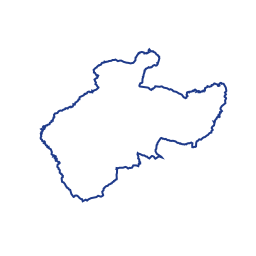 Paltas, Loja, Ecuador (Robinson projection), rotated 121°
{"feature_id": "8360857B19688519580687", "entity_name": "Paltas", "entity_type": "district", "adm_level": 2, "iso_a3": "ECU", "parent_name": "Ecuador", "parent_adm1": "Loja", "projection": "robinson", "projection_center": [-79.812, -4.002], "detail": "fine", "context": "isolated", "style": "outline", "palette": "blue", "viewbox_px": 256, "rotation_deg": 121, "n_neighbors": 0, "source": "geoboundaries", "source_scale": "gbopen_adm2", "svg_char_len": 5776}
<svg xmlns="http://www.w3.org/2000/svg" viewBox="0 0 256 256"><g transform="rotate(121 128 128)"><path d="M86.0,54.4L84.9,56.3L83.4,56.4L81.5,55.6L79.3,56.4L78.5,57.7L78.3,56.9L77.9,56.7L77.0,57.3L75.2,57.2L74.3,56.8L73.5,57.2L72.2,57.0L71.8,56.4L71.8,55.5L71.2,55.2L70.6,55.8L71.1,56.7L70.0,57.2L69.1,56.4L67.2,57.3L66.9,56.4L66.1,56.6L65.1,56.2L64.4,58.2L63.4,58.9L61.0,58.9L56.6,57.3L54.3,59.0L52.2,59.1L51.6,59.8L51.6,61.1L51.1,61.6L50.1,61.7L48.8,61.3L47.6,63.2L46.1,62.7L45.3,63.0L43.0,65.0L40.9,68.8L41.4,70.1L41.8,70.4L41.4,71.3L41.5,71.7L42.5,72.3L43.6,72.3L44.5,71.4L45.3,71.9L45.5,72.6L44.4,73.3L44.9,74.3L45.2,76.7L45.6,77.1L46.8,77.1L48.1,78.4L49.1,78.0L50.9,79.6L51.2,81.4L52.1,81.2L54.2,82.5L56.2,81.4L57.1,82.8L57.4,82.8L57.7,82.3L58.1,83.1L58.7,83.3L58.8,83.9L60.3,84.6L60.9,85.7L59.8,86.0L59.8,86.4L61.8,88.1L60.7,88.5L60.5,90.3L61.3,90.8L62.5,90.6L62.7,91.7L63.6,91.9L64.7,93.0L65.3,94.1L66.1,94.0L66.2,95.0L66.8,95.6L67.3,95.7L68.7,94.9L69.4,94.9L69.9,93.5L70.7,93.9L72.0,93.5L72.9,94.2L72.7,95.1L73.0,96.1L71.7,99.0L71.9,101.2L72.2,101.7L72.1,105.1L73.1,108.0L72.6,109.6L72.8,111.5L73.8,112.3L73.8,114.9L75.0,118.2L74.9,120.3L75.2,120.9L76.4,122.1L78.2,126.1L79.5,126.0L80.8,126.5L81.5,127.1L82.1,126.9L82.5,127.6L83.4,127.7L83.5,129.5L83.0,130.8L83.1,131.7L86.3,139.2L86.1,139.9L85.5,140.2L83.4,140.5L82.1,139.3L81.5,139.2L78.3,140.9L76.8,141.1L76.5,141.6L75.7,141.4L74.0,142.2L72.5,142.4L71.6,142.9L71.1,142.7L70.1,143.5L68.7,143.0L68.1,143.3L66.2,141.9L65.3,141.7L65.2,140.7L64.5,140.2L64.4,139.6L64.0,139.5L63.5,139.0L61.8,138.7L61.1,138.3L60.3,137.6L60.2,136.2L59.5,135.6L57.9,135.5L57.3,136.3L56.9,135.8L54.2,136.4L51.9,137.1L51.5,137.8L50.7,138.1L50.8,139.0L50.2,139.8L50.3,141.5L49.4,143.4L49.6,145.1L49.3,145.7L49.7,146.0L49.7,146.9L50.5,147.7L49.6,150.3L50.6,150.4L52.5,149.5L52.5,149.2L54.1,150.1L54.2,150.8L54.7,150.8L55.1,152.0L55.7,152.4L55.1,153.3L55.7,155.3L57.3,156.9L57.9,156.7L58.2,157.4L58.8,157.6L59.2,157.3L60.9,157.6L63.2,157.5L63.7,157.8L66.2,156.5L69.4,157.0L71.3,159.1L72.0,161.3L72.8,163.0L73.5,165.6L73.7,168.5L74.4,169.7L75.9,171.1L75.8,174.0L76.7,174.7L77.7,176.3L79.0,176.9L80.5,178.9L81.4,179.4L82.4,180.7L83.0,181.0L83.2,182.4L84.4,182.3L85.5,183.8L86.5,184.0L87.3,183.7L88.0,184.0L88.7,184.8L89.3,185.0L89.3,185.4L91.5,186.1L92.3,186.0L93.1,186.7L95.9,187.4L97.0,186.3L98.0,185.8L97.8,184.6L99.3,181.9L99.3,181.6L98.4,181.3L98.4,180.5L100.9,180.2L101.8,180.9L103.7,181.7L104.9,180.2L105.5,178.9L107.2,178.5L107.3,176.9L108.2,175.7L108.4,174.2L108.7,174.1L111.4,174.9L113.3,176.5L114.4,176.7L114.5,177.9L115.9,177.1L116.2,178.2L116.9,178.9L116.7,179.8L117.2,180.6L118.2,181.2L119.5,181.1L120.2,181.9L120.8,181.9L121.1,182.8L122.8,182.8L126.1,185.1L126.6,185.3L128.4,184.4L129.0,185.1L130.4,184.9L132.5,185.6L133.2,186.2L135.3,185.7L135.7,187.1L136.7,186.5L138.3,186.5L139.0,187.3L139.5,187.5L139.2,188.0L139.5,188.5L141.4,189.7L142.4,189.7L142.9,191.3L143.4,191.8L144.3,191.7L145.8,193.0L147.2,193.5L147.8,194.9L148.6,195.6L149.5,196.1L151.5,196.2L153.2,198.1L154.9,198.2L156.4,196.8L157.3,197.3L157.8,196.8L159.8,196.8L160.5,196.2L161.3,197.2L162.2,196.7L163.7,197.6L165.2,197.2L166.7,198.6L167.4,198.6L167.8,199.4L168.6,199.8L169.3,199.6L169.7,201.1L170.4,201.5L171.0,201.4L170.9,199.4L171.9,199.2L173.0,200.0L173.3,201.5L173.7,201.8L174.2,199.7L175.3,199.6L176.4,200.2L176.9,199.3L177.8,199.7L178.2,198.9L178.8,199.0L179.9,198.0L180.9,198.0L182.0,197.4L182.3,197.0L182.3,195.8L183.3,194.9L183.3,193.9L182.5,193.0L182.6,192.3L183.2,191.8L184.3,192.1L184.2,190.7L185.1,189.4L184.8,188.3L186.0,187.3L186.0,186.8L185.1,186.3L186.1,185.2L186.0,183.2L187.9,180.8L189.8,180.1L190.0,179.0L189.7,177.6L190.9,177.4L189.5,175.9L189.5,175.3L191.6,175.3L191.7,174.9L190.9,173.6L191.2,173.0L192.8,173.5L193.3,173.0L192.8,172.1L193.1,170.0L192.6,169.6L192.9,168.8L193.5,168.5L195.6,169.5L197.7,168.6L198.1,166.8L198.9,166.4L199.0,165.3L199.3,164.7L201.5,163.5L201.6,162.2L201.9,161.9L201.7,161.0L202.4,160.0L202.5,159.2L203.8,158.6L204.3,159.1L205.3,159.0L208.1,156.8L207.8,155.1L208.7,152.8L209.6,151.7L209.9,150.5L210.6,149.9L210.4,148.0L211.1,147.1L210.8,145.7L213.7,142.6L215.1,139.2L214.5,138.7L213.3,138.6L212.5,137.6L212.2,136.6L212.4,135.2L213.0,133.5L213.1,131.5L212.7,130.7L214.1,129.1L211.2,127.3L211.3,125.7L209.5,125.1L207.1,123.5L203.5,119.5L201.5,118.7L200.8,115.8L199.2,114.8L198.3,114.7L196.8,116.5L195.8,117.3L194.0,116.9L192.5,117.7L191.7,117.3L191.3,117.5L189.0,116.7L188.1,115.6L186.4,115.4L185.3,114.4L184.5,114.2L184.0,113.5L182.5,113.4L181.2,112.6L180.6,112.8L179.9,112.2L178.6,112.0L178.0,111.3L177.5,111.3L173.9,113.8L172.2,114.3L169.0,116.1L169.1,116.8L168.4,116.7L168.1,117.0L167.5,115.7L166.4,114.8L164.6,111.8L162.7,110.2L162.4,109.0L162.7,107.0L161.4,106.3L161.1,105.4L159.9,104.1L157.3,104.2L155.8,101.6L155.4,99.5L154.0,99.9L152.9,99.8L152.2,99.2L151.7,99.5L151.3,99.8L151.8,100.3L151.5,100.3L150.7,101.3L150.3,101.3L149.0,102.4L148.9,103.6L147.2,104.3L145.7,106.3L144.5,106.7L144.6,105.9L144.1,104.2L143.9,101.3L143.1,100.0L143.2,97.9L142.7,96.9L143.1,96.0L143.1,94.0L139.8,93.2L139.4,92.5L139.3,90.9L140.2,89.3L140.2,88.7L136.4,86.9L135.8,83.8L135.5,84.6L135.3,90.0L133.8,92.4L132.3,93.2L131.3,93.0L127.9,94.7L127.0,94.4L125.8,95.0L119.9,94.7L119.2,94.0L119.4,92.8L118.9,92.1L118.7,90.8L117.9,90.0L118.1,88.0L117.3,86.6L117.4,85.7L116.7,84.1L115.8,82.9L115.2,81.0L115.0,80.2L115.3,78.0L114.7,77.0L114.7,75.3L114.2,75.2L114.0,73.2L113.2,71.8L113.1,71.1L112.2,70.4L111.9,69.5L111.1,69.4L110.0,68.5L109.6,67.6L107.9,66.3L107.9,64.9L109.6,64.2L111.3,63.0L110.9,62.1L110.0,61.5L109.5,60.5L108.8,60.2L105.6,61.9L104.0,62.2L103.0,61.5L101.0,61.1L100.4,59.4L98.0,58.8L96.9,58.2L96.2,57.4L93.7,56.5L92.9,55.9L90.4,55.5L89.0,54.2L87.8,54.9L86.0,54.4Z" fill="none" stroke="#1e3a8a" stroke-width="2"/></g></svg>